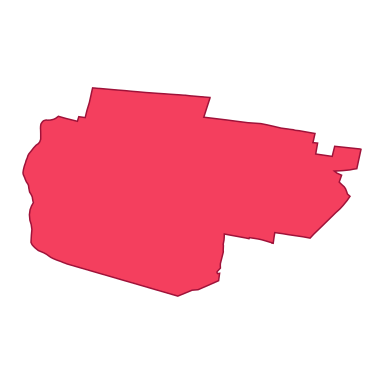 the district of Atizapán, México, Mexico
{"feature_id": "50627088B90969886119544", "entity_name": "Atizapán", "entity_type": "district", "adm_level": 2, "iso_a3": "MEX", "parent_name": "Mexico", "parent_adm1": "México", "projection": "albers", "projection_center": [-99.501, 19.175], "detail": "fine", "context": "isolated", "style": "filled", "palette": "rose", "viewbox_px": 384, "rotation_deg": 0, "n_neighbors": 0, "source": "geoboundaries", "source_scale": "gbopen_adm2", "svg_char_len": 2507}
<svg xmlns="http://www.w3.org/2000/svg" viewBox="0 0 384 384"><path d="M324.2,224.0L335.7,212.7L340.1,208.7L343.2,205.3L347.2,200.4L350.0,196.3L347.5,194.1L346.6,191.5L345.5,188.7L344.2,186.8L342.0,184.8L339.2,182.1L341.6,175.2L336.9,173.1L334.4,171.1L343.0,170.6L349.9,169.9L352.9,169.3L353.4,169.2L355.4,168.9L356.8,168.7L361.0,149.3L360.2,149.0L338.4,146.7L334.7,146.3L332.2,156.4L315.7,154.0L317.6,143.1L312.9,142.6L313.1,142.0L315.0,133.5L307.0,132.1L299.2,130.7L295.2,130.3L293.2,129.7L289.6,129.3L288.6,129.1L281.1,128.1L273.5,126.3L267.3,124.9L260.9,123.6L247.8,122.7L235.3,121.1L227.0,120.0L217.9,118.9L203.8,117.2L205.4,112.2L206.7,108.1L209.9,98.3L210.0,97.5L203.9,97.0L203.4,96.9L200.4,96.7L197.0,96.4L192.4,96.0L190.8,95.9L185.1,95.2L184.6,95.2L183.9,95.2L177.6,94.7L177.2,94.7L171.1,94.3L164.5,93.8L158.4,93.4L158.2,93.4L151.4,92.9L147.0,92.6L144.4,92.4L138.0,91.8L131.9,91.3L124.9,90.6L118.4,90.1L112.5,89.6L105.8,89.0L101.4,88.6L98.9,88.4L98.2,88.4L96.0,88.2L95.4,88.1L92.6,87.9L91.4,93.2L91.2,94.2L89.4,102.4L86.9,110.6L85.2,117.6L78.8,116.7L77.4,121.3L66.1,118.5L58.7,116.4L58.4,116.3L56.8,117.5L55.7,118.3L53.9,119.2L52.5,119.6L50.2,120.1L47.4,120.2L46.3,120.0L45.3,120.2L44.3,120.5L43.5,120.8L42.7,121.5L41.9,122.5L40.9,124.1L40.6,126.1L40.5,128.4L40.6,129.7L40.7,133.9L40.7,135.6L40.7,139.2L39.8,141.8L38.4,143.6L36.1,145.2L33.6,147.9L30.9,151.4L28.9,153.8L27.9,155.7L27.2,158.0L26.1,160.5L25.4,163.1L24.8,164.7L24.3,166.2L23.9,167.8L23.5,169.4L23.2,171.2L23.0,172.9L23.3,174.6L24.1,176.4L24.8,178.0L25.2,179.2L26.3,181.7L28.0,184.3L28.5,185.6L28.8,188.0L29.6,192.0L31.2,194.6L32.3,197.0L32.4,197.9L32.9,200.9L33.4,202.6L31.5,206.0L30.1,209.7L29.4,214.7L29.9,220.2L31.2,224.5L31.9,229.5L31.4,234.9L31.1,240.2L31.0,242.4L32.1,244.7L33.5,246.3L35.0,247.8L38.3,250.5L43.8,252.8L46.7,254.4L49.0,256.1L50.9,257.4L53.3,258.6L56.9,260.1L60.9,261.5L63.2,262.5L65.2,263.2L66.9,263.9L122.4,280.0L177.8,296.1L192.1,290.2L198.1,289.7L218.6,280.7L219.6,273.3L218.4,273.5L217.7,273.6L217.2,273.0L217.0,272.4L217.2,271.5L220.4,268.1L220.3,265.2L220.4,263.5L223.0,253.2L223.3,251.8L223.2,250.1L223.4,245.7L223.2,244.2L224.0,240.0L224.2,237.3L224.3,234.0L231.2,235.3L235.0,236.0L245.4,237.9L245.5,237.9L249.0,238.7L249.4,237.6L257.7,238.9L259.2,239.2L260.6,239.5L261.9,239.8L266.0,241.0L269.9,242.2L271.9,242.7L271.9,243.1L273.2,243.3L274.0,237.5L274.8,232.6L282.8,233.7L288.0,234.6L303.1,236.8L310.1,238.1L313.8,234.1L323.6,224.6L324.2,224.0Z" fill="#f43f5e" stroke="#9f1239" stroke-width="1.5"/></svg>